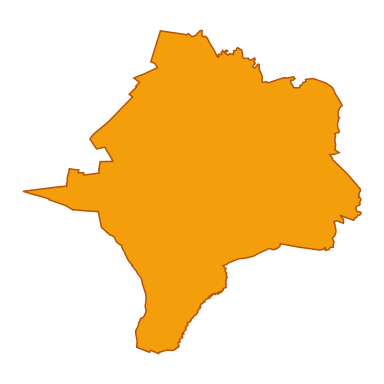 the district of Acas, Satu Mare, Romania
{"feature_id": "2599482B53460210848238", "entity_name": "Acas", "entity_type": "district", "adm_level": 2, "iso_a3": "ROU", "parent_name": "Romania", "parent_adm1": "Satu Mare", "projection": "natural_earth1", "projection_center": [22.756, 47.519], "detail": "fine", "context": "isolated", "style": "filled", "palette": "amber", "viewbox_px": 384, "rotation_deg": 0, "n_neighbors": 0, "source": "geoboundaries", "source_scale": "gbopen_adm2", "svg_char_len": 5945}
<svg xmlns="http://www.w3.org/2000/svg" viewBox="0 0 384 384"><path d="M149.6,352.3L150.7,350.3L158.7,353.6L159.2,352.4L159.5,352.3L166.8,350.1L172.1,350.5L173.3,350.3L175.7,349.0L176.2,348.5L176.1,348.4L176.2,347.9L176.9,348.0L176.9,347.6L177.5,347.4L177.7,347.0L178.6,347.0L178.9,346.0L178.6,344.2L178.0,343.9L178.2,342.6L178.8,342.2L180.0,342.0L179.7,341.5L179.9,340.7L179.6,339.7L179.7,339.3L182.7,337.4L182.6,336.9L182.0,336.4L182.3,335.7L181.9,335.0L182.5,334.6L183.8,334.3L183.7,333.8L182.8,333.5L182.7,332.8L183.8,332.5L183.9,331.8L184.6,330.8L186.0,329.8L185.7,329.0L185.9,328.6L185.4,327.8L186.0,327.4L186.1,326.4L187.2,325.9L188.0,325.1L188.0,324.5L187.6,324.1L187.2,322.7L187.7,322.4L189.1,322.4L189.7,322.0L190.3,321.1L191.1,320.6L191.1,319.1L192.6,318.1L194.3,315.6L196.0,314.9L196.5,313.8L197.3,313.3L197.7,312.6L197.6,311.0L198.8,309.2L199.5,308.9L200.6,307.5L199.6,306.9L201.0,304.8L200.9,304.0L202.8,303.4L202.8,302.4L203.6,302.2L204.2,301.7L204.9,301.9L204.9,300.0L208.6,298.4L208.8,298.0L208.4,297.6L208.4,297.4L210.1,297.9L210.0,297.2L209.1,296.5L209.2,296.1L209.5,295.9L211.4,296.0L211.3,295.0L211.4,294.5L211.9,294.6L212.1,295.2L212.4,295.3L212.9,294.7L212.8,294.2L214.1,294.1L214.8,293.4L215.2,294.4L215.4,294.5L215.6,294.2L215.4,293.8L216.3,293.5L215.9,293.0L216.8,293.6L217.7,293.6L217.8,294.2L218.0,294.2L218.5,293.8L218.1,293.4L218.8,293.2L218.2,292.6L218.4,292.3L220.7,292.4L220.3,291.4L220.7,291.4L221.4,291.9L221.8,291.7L222.4,290.6L223.2,290.2L223.2,288.9L223.6,288.4L224.3,288.0L225.4,287.9L226.2,287.3L225.5,286.2L226.1,285.1L226.3,284.1L225.5,282.8L225.6,281.8L225.8,281.3L226.3,281.1L225.8,280.2L226.6,278.4L227.2,277.8L227.0,277.2L226.4,277.0L226.7,275.6L226.3,275.2L225.9,273.8L225.9,273.5L226.7,273.6L226.9,273.4L226.5,273.0L225.7,272.9L225.7,271.9L225.0,270.8L225.2,270.3L225.6,270.1L225.6,269.1L226.0,268.4L224.7,268.0L223.9,266.7L224.2,265.9L223.3,265.6L226.4,264.5L229.0,262.7L237.9,259.0L246.8,257.8L250.6,257.0L254.1,255.9L258.6,253.3L269.3,248.5L271.0,248.8L272.7,249.7L276.1,249.1L276.8,248.4L277.9,248.0L279.8,246.3L280.3,244.9L280.3,243.7L298.5,247.1L319.5,250.0L322.5,249.6L325.0,247.7L325.4,248.2L324.9,249.8L325.1,250.2L326.1,250.3L328.3,249.6L328.9,249.7L330.2,247.4L333.2,247.3L333.3,244.7L334.1,242.0L332.4,238.7L332.8,237.6L334.7,236.0L336.0,232.1L335.9,230.2L335.0,225.8L335.0,224.7L334.5,222.6L333.9,222.1L334.2,221.4L337.1,220.9L343.4,223.3L343.6,221.6L343.1,218.7L341.2,216.8L340.7,215.6L353.7,220.3L354.1,220.1L354.6,218.5L355.1,218.0L356.3,217.7L357.5,215.8L360.0,214.8L360.6,214.3L360.9,213.7L361.0,212.5L359.4,211.8L358.3,212.0L357.0,211.3L356.3,209.7L355.9,207.6L356.7,206.1L359.3,205.3L360.1,204.4L360.1,203.8L359.5,202.7L360.8,200.0L360.9,199.3L360.1,197.8L358.6,197.2L359.2,195.8L358.6,194.7L359.3,193.4L359.4,192.4L360.2,191.3L360.4,189.3L359.3,187.7L358.2,187.0L356.4,184.4L346.6,173.2L332.8,159.8L332.5,159.5L332.5,158.4L331.3,156.6L330.3,155.7L329.7,154.6L334.2,154.3L339.1,152.6L334.9,149.7L335.6,145.8L335.6,144.0L335.1,142.5L334.9,139.4L335.6,135.7L334.7,133.5L339.0,132.5L339.2,131.7L339.1,130.8L337.8,127.5L337.5,125.0L337.8,122.2L338.9,118.4L339.5,117.5L338.0,116.2L338.2,111.8L338.9,109.7L339.8,107.7L340.4,107.0L342.2,105.8L340.8,102.9L335.0,93.1L332.9,88.2L331.2,86.5L325.7,83.0L313.5,78.6L305.5,79.4L305.9,80.9L305.7,81.6L303.0,82.5L302.4,83.9L301.9,84.4L300.9,85.2L299.9,85.6L300.2,86.6L299.4,87.7L294.4,87.8L293.3,87.1L292.3,84.6L290.7,83.3L290.9,81.8L290.6,80.4L293.4,80.1L294.8,79.0L294.9,78.4L294.4,77.4L293.2,76.8L287.1,78.1L285.7,78.1L285.3,77.6L282.1,78.2L268.9,82.6L267.8,82.5L266.4,81.7L262.7,82.4L262.0,80.3L262.3,77.9L262.3,76.8L261.8,75.7L261.4,73.8L260.0,71.5L259.2,67.9L259.1,65.9L259.5,64.8L258.6,64.1L258.2,64.1L256.7,65.5L255.5,67.4L254.5,67.9L253.7,67.8L253.2,67.3L253.0,66.2L253.5,65.2L254.3,64.6L255.1,63.3L255.0,62.7L254.1,62.3L254.0,61.8L254.1,61.2L255.1,59.6L255.0,58.5L254.5,58.1L254.1,58.1L251.9,59.7L250.2,60.1L249.1,59.6L248.5,58.3L248.2,58.1L244.8,58.5L243.8,58.2L242.7,57.0L242.4,56.2L242.8,54.7L242.1,52.7L242.3,51.8L241.7,51.1L241.4,49.8L239.7,49.0L237.9,47.7L237.0,48.1L236.5,49.9L235.6,50.4L233.7,50.7L234.1,51.7L233.2,53.1L233.7,54.2L233.5,54.5L229.4,53.6L229.1,53.8L228.6,55.0L228.0,55.1L226.8,54.5L225.9,53.4L225.0,52.9L225.2,52.2L227.6,51.4L227.8,50.8L227.5,50.4L226.1,50.3L224.0,52.1L223.4,51.9L222.9,50.6L222.6,50.3L222.4,50.5L222.2,51.9L221.1,52.7L221.6,54.3L220.8,54.7L219.1,54.2L218.4,54.3L218.0,55.4L218.9,56.7L218.5,57.1L217.8,57.1L217.4,57.0L216.8,56.0L214.6,51.0L209.9,43.4L206.9,37.4L204.9,36.2L204.8,36.6L204.0,36.9L203.0,36.6L202.3,36.1L201.9,34.9L201.9,33.5L202.3,31.3L202.2,30.7L201.9,30.4L201.0,30.4L200.0,30.8L198.2,32.7L197.1,33.4L196.6,34.6L196.2,35.2L192.0,36.7L191.4,36.4L189.6,34.5L188.2,33.6L187.8,33.8L187.5,34.7L186.7,34.7L160.4,30.8L150.8,61.8L154.3,63.2L155.1,63.8L156.5,65.8L157.4,67.7L143.6,74.1L133.8,78.0L139.5,82.4L135.7,86.3L136.7,86.9L129.2,94.4L132.5,96.9L108.6,121.6L93.7,134.0L89.9,139.0L96.5,148.9L104.4,147.3L105.3,147.5L106.2,149.8L111.8,158.9L112.8,161.4L100.1,161.6L99.3,166.5L99.4,169.1L98.7,169.2L99.1,173.1L83.8,175.0L83.6,172.6L78.1,172.9L78.8,170.7L78.8,169.9L74.0,169.5L69.4,168.7L68.9,170.6L68.8,173.2L68.1,174.1L67.1,178.4L67.4,180.6L67.2,182.4L66.5,183.4L66.9,186.1L57.4,187.0L23.0,191.3L31.4,193.9L42.3,196.8L49.4,199.2L49.2,199.8L65.8,205.6L73.4,210.2L74.3,209.7L84.9,210.8L98.3,211.6L101.4,227.4L110.0,235.0L112.0,235.7L113.9,236.7L114.9,238.1L115.9,240.8L116.8,242.2L118.8,243.9L121.5,245.6L121.8,246.2L121.8,247.3L122.1,248.1L124.1,251.3L126.6,257.1L128.0,259.8L129.8,262.4L132.4,265.2L131.9,265.6L136.3,271.0L137.8,273.8L140.3,277.0L141.4,278.7L142.6,284.3L145.5,293.3L146.0,295.9L146.1,300.4L145.3,304.7L145.2,306.5L145.9,309.5L146.1,311.5L144.1,316.3L142.6,317.7L140.3,318.7L140.2,320.3L139.3,321.5L138.7,323.0L138.1,326.2L135.8,330.5L135.7,333.2L137.1,341.0L136.7,347.3L138.1,347.5L138.7,348.1L149.6,352.3Z" fill="#f59e0b" stroke="#b45309" stroke-width="1.5"/></svg>